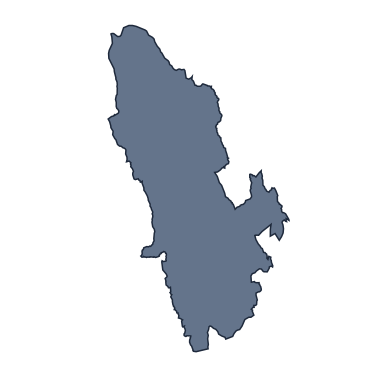 the district of Gicumbi, Northern, Rwanda, rotated 187°
{"feature_id": "39286606B99169436422336", "entity_name": "Gicumbi", "entity_type": "district", "adm_level": 2, "iso_a3": "RWA", "parent_name": "Rwanda", "parent_adm1": "Northern", "projection": "natural_earth1", "projection_center": [30.098, -1.619], "detail": "fine", "context": "isolated", "style": "filled", "palette": "slate", "viewbox_px": 384, "rotation_deg": 187, "n_neighbors": 0, "source": "geoboundaries", "source_scale": "gbopen_adm2", "svg_char_len": 6060}
<svg xmlns="http://www.w3.org/2000/svg" viewBox="0 0 384 384"><g transform="rotate(187 192 192)"><path d="M274.9,349.6L279.9,346.7L281.5,339.1L282.5,337.7L284.7,337.2L289.0,339.7L290.7,339.6L291.7,339.0L290.5,336.3L289.1,329.8L291.4,322.6L291.7,319.4L290.8,314.5L284.3,304.7L283.7,301.9L281.4,296.0L281.4,294.9L279.8,292.1L279.2,289.1L279.4,287.9L278.6,285.2L278.8,285.5L278.2,279.7L278.9,278.6L279.2,274.6L278.1,271.7L277.6,267.5L276.8,265.8L275.7,265.1L274.5,263.5L274.5,262.0L274.9,261.1L278.1,258.7L278.4,259.1L279.1,257.9L281.1,257.1L284.1,254.2L282.3,251.7L280.7,247.8L280.3,245.9L277.7,242.7L277.7,239.2L275.1,235.6L273.9,234.6L271.7,230.1L269.5,228.7L267.9,228.8L265.8,227.4L264.6,227.3L263.4,226.6L262.7,225.6L262.5,221.7L260.8,218.7L260.4,216.3L260.7,214.0L258.3,215.0L256.2,213.6L256.5,212.3L255.8,211.3L255.9,209.6L254.1,208.0L252.6,205.4L253.1,203.6L252.9,201.8L251.1,197.9L249.8,197.4L247.0,198.6L246.3,197.4L245.1,197.1L244.6,195.6L244.0,195.5L242.7,196.5L242.6,194.7L240.3,190.3L239.9,187.8L238.5,186.4L235.9,182.7L234.7,180.1L234.4,178.5L232.1,174.9L231.9,172.8L230.8,171.6L230.1,169.8L228.7,167.7L228.5,166.5L228.9,165.4L228.2,164.4L227.9,162.6L228.3,160.0L227.9,158.9L228.1,157.3L226.8,152.8L224.9,150.5L224.1,148.1L224.4,146.6L224.2,140.9L223.7,139.0L224.5,137.0L224.7,135.1L225.4,134.6L226.4,133.0L227.3,133.2L228.5,132.3L230.3,132.3L233.1,130.7L233.3,129.2L233.7,128.5L234.1,128.4L234.4,127.2L233.9,124.6L234.3,122.9L235.0,122.2L233.8,121.2L232.1,121.6L232.0,122.1L230.8,121.6L230.0,121.8L229.1,121.5L228.6,121.9L225.8,122.2L225.7,122.6L222.0,122.6L221.8,123.1L220.1,122.6L217.3,123.9L217.0,124.7L216.6,124.6L216.5,126.1L215.1,127.2L215.2,128.0L213.6,128.6L212.9,129.5L211.5,129.2L210.7,127.9L210.1,127.9L209.7,126.4L210.0,124.8L209.5,123.7L209.8,122.1L209.2,120.7L209.5,120.2L212.0,119.5L213.3,120.1L213.5,119.0L211.5,111.1L207.6,107.5L206.4,105.5L206.7,104.5L208.1,102.9L206.9,100.2L207.1,99.8L206.4,96.6L204.4,95.3L203.7,94.1L202.8,94.1L201.8,94.8L200.9,90.2L201.6,89.6L200.2,87.8L199.6,87.7L200.3,85.3L198.3,82.6L198.1,80.7L197.1,77.6L196.4,76.8L196.4,76.1L195.6,75.7L195.0,74.8L195.3,73.2L194.5,73.3L194.3,72.8L192.8,71.8L192.3,70.2L191.0,70.1L191.1,69.6L190.0,67.8L190.1,65.3L188.2,65.0L185.7,63.9L186.6,62.7L185.2,57.5L184.8,57.0L183.3,57.9L183.5,56.9L182.5,55.7L181.7,53.8L182.0,51.0L182.6,50.1L182.3,48.6L181.0,47.9L180.2,48.0L179.6,48.7L175.7,49.0L175.6,48.0L176.1,46.9L175.8,46.3L176.3,44.9L176.1,42.6L174.8,40.1L173.6,39.0L171.5,34.9L171.7,34.6L171.1,34.1L168.5,34.0L157.2,38.2L156.9,38.3L157.4,40.3L157.2,42.6L158.6,48.3L158.4,51.7L159.6,54.5L158.8,57.3L158.7,60.3L157.8,61.2L156.5,61.0L154.0,59.3L151.6,58.6L149.4,56.6L148.2,54.2L144.9,52.7L141.5,51.8L140.6,50.1L134.0,53.6L133.0,56.7L131.3,59.5L130.1,60.4L127.9,61.3L126.0,65.0L124.0,71.9L120.4,74.6L118.2,74.9L115.6,77.3L117.6,81.0L117.5,82.1L118.9,82.9L117.3,85.0L116.3,85.1L116.8,86.9L115.0,87.2L114.2,88.2L114.4,91.8L114.0,92.7L115.9,97.5L116.1,99.5L113.9,101.0L112.8,101.2L111.9,102.1L111.3,103.2L111.5,104.3L112.3,106.5L113.2,107.5L113.7,108.7L114.2,108.8L114.4,110.2L117.1,109.8L118.6,110.0L119.1,110.7L122.1,109.7L123.3,115.9L122.2,118.3L119.7,119.5L118.4,121.5L115.7,124.0L113.6,123.9L112.1,122.2L111.0,121.6L107.6,121.9L106.1,125.7L106.1,127.1L104.3,128.1L102.9,127.4L102.8,128.5L104.6,131.9L105.0,133.7L105.9,135.0L105.8,136.9L107.9,137.5L108.4,134.3L109.6,135.4L109.6,137.5L110.5,139.6L111.0,139.7L112.2,140.8L113.6,140.8L115.3,144.4L116.7,145.0L117.7,146.5L119.9,148.5L122.8,152.6L124.6,157.1L123.9,156.4L123.1,157.0L120.6,157.2L117.6,161.4L109.6,169.5L109.7,164.7L108.9,157.7L104.5,160.9L99.5,154.7L97.7,158.5L96.6,162.4L96.7,166.7L97.7,170.4L98.9,172.7L98.7,173.9L97.0,175.5L95.5,174.3L94.6,174.2L95.1,175.0L95.3,177.0L92.3,175.7L92.6,176.6L96.5,181.8L98.6,182.7L99.7,182.6L100.7,183.8L100.9,185.5L101.7,186.6L101.1,187.4L100.9,189.0L103.4,190.7L103.8,190.5L104.4,191.7L106.0,193.0L106.8,197.8L106.4,198.8L109.1,203.8L110.7,206.0L112.3,205.5L113.1,205.9L113.5,204.8L113.3,204.0L114.7,203.0L115.6,201.2L118.1,202.0L119.0,203.6L119.9,204.1L120.8,206.0L122.4,207.4L123.2,212.3L124.2,214.4L124.1,216.2L125.0,218.6L125.8,219.7L125.9,221.5L127.6,219.4L130.4,214.7L132.3,215.8L133.3,215.8L133.5,215.5L134.5,216.5L136.4,216.8L136.8,216.5L136.4,213.3L135.5,212.6L135.7,211.5L133.9,208.6L134.3,204.0L133.8,202.8L134.3,201.8L134.4,200.4L132.6,196.2L132.3,194.4L133.5,192.2L137.7,190.1L138.0,188.0L139.5,186.0L141.1,185.5L142.5,184.6L142.8,183.6L145.4,182.4L147.1,180.1L149.6,184.9L150.7,185.3L150.8,186.4L151.8,186.7L152.2,187.7L154.4,188.9L155.5,190.2L158.2,191.4L159.4,194.8L163.4,202.2L166.0,204.6L168.8,210.5L171.9,214.2L169.1,215.0L166.5,217.4L165.2,219.4L164.1,220.1L162.4,219.7L162.5,220.6L163.2,221.2L162.5,221.6L161.2,223.6L159.3,224.6L159.1,226.7L160.5,228.4L160.7,229.0L159.9,230.0L161.1,230.5L161.0,231.2L162.3,234.4L163.7,237.3L164.1,239.4L166.0,240.0L166.5,241.7L167.8,243.1L168.1,244.2L169.4,246.0L170.0,249.3L170.7,249.4L171.4,250.6L173.2,251.8L173.8,253.7L174.6,254.6L174.8,256.3L175.2,256.7L175.1,258.2L176.1,258.6L176.5,260.1L176.1,260.3L175.9,261.7L174.9,262.5L175.0,263.6L174.4,264.6L173.6,264.8L172.3,266.3L172.3,268.9L171.7,270.8L171.7,271.9L173.2,273.4L173.7,273.6L174.3,274.6L174.2,275.1L175.2,276.1L175.4,278.6L176.4,280.1L176.9,282.6L177.8,284.0L177.5,285.4L176.7,286.6L176.7,287.5L177.2,288.2L178.1,288.2L178.8,288.9L178.9,290.0L180.7,291.3L181.2,292.7L181.0,293.1L182.4,294.8L182.4,295.4L183.9,296.6L184.8,296.7L185.5,297.5L185.6,298.8L186.0,298.4L186.1,298.8L186.4,298.5L187.2,299.3L189.6,299.2L189.7,299.6L194.1,300.6L194.7,300.5L196.0,298.4L197.0,297.9L199.6,297.6L200.9,298.4L202.0,298.3L204.1,302.2L205.9,303.6L205.9,306.6L206.6,305.4L209.0,303.6L211.7,304.3L213.9,311.7L214.9,312.7L217.3,312.0L219.1,312.5L220.3,312.3L222.5,310.8L224.5,311.4L226.2,312.8L227.4,314.6L229.7,315.8L230.6,318.1L231.7,319.4L235.4,321.5L238.9,326.3L240.1,327.1L241.4,329.9L244.3,332.5L247.3,336.6L248.3,339.2L250.0,340.6L254.2,342.4L256.7,346.2L258.4,347.1L267.6,349.6L271.3,350.0L274.9,349.6Z" fill="#64748b" stroke="#1e293b" stroke-width="1.5"/></g></svg>